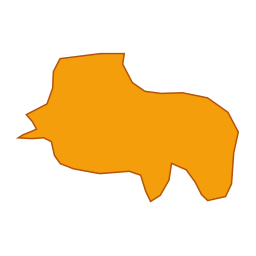 outline of Príncipe, rotated 88°
{"feature_id": "STP-4862", "entity_name": "Príncipe", "entity_type": "state/province", "adm_level": 1, "iso_a3": "STP", "parent_name": "São Tomé and Principe", "parent_adm1": "", "projection": "natural_earth1", "projection_center": [7.405, 1.615], "detail": "fine", "context": "isolated", "style": "filled", "palette": "amber", "viewbox_px": 256, "rotation_deg": 88, "n_neighbors": 0, "source": "natural_earth", "source_scale": "10m", "svg_char_len": 648}
<svg xmlns="http://www.w3.org/2000/svg" viewBox="0 0 256 256"><g transform="rotate(88 128 128)"><path d="M203.3,50.9L197.2,56.8L184.5,62.7L171.8,71.3L164.9,85.7L181.6,88.9L196.5,98.2L202.2,108.0L191.9,112.5L175.6,117.0L171.3,128.3L172.6,157.9L166.9,183.8L161.3,196.9L153.0,202.4L139.0,205.1L134.8,212.6L135.3,223.9L134.0,238.1L131.1,233.1L127.6,223.5L125.8,219.5L118.2,223.4L111.1,229.2L101.1,208.1L85.5,201.9L69.0,200.6L56.3,193.5L52.7,153.1L53.5,129.1L64.0,131.1L82.8,122.1L91.9,109.9L94.6,93.6L94.7,72.3L100.7,47.4L115.8,27.6L135.9,17.9L156.4,23.2L187.5,26.5L199.9,32.9L203.3,50.9Z" fill="#f59e0b" stroke="#b45309" stroke-width="1.5"/></g></svg>